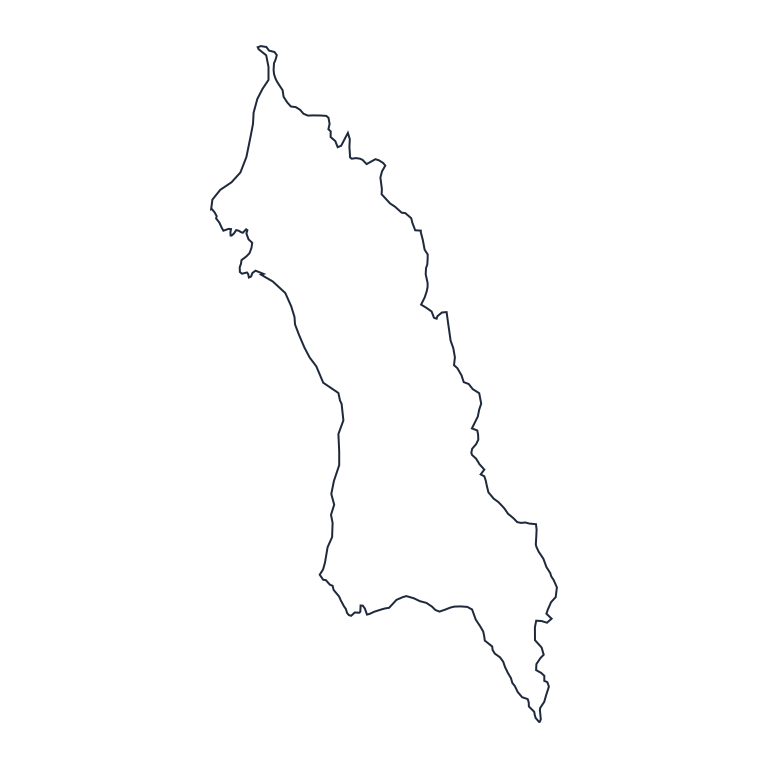 the district of Kalavasos, Larnaca, Cyprus
{"feature_id": "46923920B45773210999815", "entity_name": "Kalavasos", "entity_type": "district", "adm_level": 2, "iso_a3": "CYP", "parent_name": "Cyprus", "parent_adm1": "Larnaca", "projection": "equal_earth", "projection_center": [33.286, 34.783], "detail": "fine", "context": "isolated", "style": "outline", "palette": "slate", "viewbox_px": 768, "rotation_deg": 0, "n_neighbors": 0, "source": "geoboundaries", "source_scale": "gbopen_adm2", "svg_char_len": 3874}
<svg xmlns="http://www.w3.org/2000/svg" viewBox="0 0 768 768"><path d="M261.1,274.7L272.8,281.5L281.8,289.8L285.3,293.0L291.2,306.3L292.0,308.9L294.5,317.0L295.0,324.4L299.1,335.1L304.3,347.3L309.7,357.6L316.3,366.3L323.2,382.7L338.4,393.0L340.0,400.5L341.6,403.9L343.4,420.4L338.4,434.0L339.2,451.3L339.2,465.2L333.9,481.0L331.3,494.0L334.2,504.7L331.0,514.8L332.6,522.9L332.1,537.1L327.6,547.2L325.0,562.5L323.1,569.4L319.7,574.7L323.2,579.8L325.8,580.1L329.9,584.7L332.6,585.8L333.6,589.9L339.1,596.5L341.0,600.8L342.5,603.5L343.9,606.2L345.8,608.9L347.1,613.0L348.9,615.1L351.1,615.8L352.6,614.5L354.7,612.5L359.4,612.7L360.3,611.6L360.5,607.6L360.6,605.5L362.9,605.7L364.9,608.6L367.0,614.6L369.6,613.9L374.3,611.7L382.2,609.2L384.8,608.5L389.1,607.8L393.4,603.2L396.4,599.9L402.8,597.1L406.4,596.1L413.9,598.3L419.7,601.1L426.4,602.9L432.1,606.7L435.4,610.0L439.5,611.6L445.2,609.6L450.6,607.5L454.4,606.6L460.4,606.4L467.3,606.9L472.1,609.5L475.7,619.5L480.3,626.5L483.2,631.5L484.1,635.6L484.8,640.6L492.2,646.5L492.6,650.0L494.9,653.7L500.0,657.3L503.2,661.7L505.0,667.0L508.0,673.2L510.9,678.0L512.4,683.1L514.8,686.0L517.7,692.0L522.1,697.2L527.7,699.1L528.7,702.3L528.9,706.5L534.2,711.8L534.8,715.2L535.7,718.0L539.0,721.9L539.7,721.9L540.8,719.4L540.4,715.2L539.9,710.2L540.2,707.9L544.2,701.9L546.1,695.3L548.9,686.6L547.3,682.1L544.3,680.9L544.3,675.8L541.3,673.0L536.1,670.1L536.4,664.1L540.5,658.0L543.7,654.7L541.6,647.5L535.0,640.2L534.9,627.4L536.2,620.7L541.4,621.0L547.0,622.7L551.6,618.7L546.4,613.7L547.8,609.6L551.1,602.1L555.7,597.1L556.9,587.4L553.6,579.9L551.3,576.5L550.2,573.0L546.4,567.0L543.5,559.0L540.9,555.0L538.7,551.8L536.4,546.8L535.8,544.5L536.3,536.3L536.6,529.7L536.0,524.2L528.9,523.5L525.5,522.5L520.9,522.9L517.2,522.1L513.4,518.2L510.7,515.9L508.1,513.9L504.5,508.6L501.5,505.3L498.3,502.0L493.6,498.6L492.4,497.1L488.4,492.3L486.6,484.8L485.9,481.1L484.3,476.3L480.7,474.4L484.3,469.6L479.3,464.0L478.3,462.2L476.1,458.7L472.1,455.0L471.3,452.8L472.2,448.7L476.1,444.2L478.3,439.7L478.1,434.7L477.3,430.5L471.9,428.4L477.8,416.6L479.2,409.6L481.2,403.7L479.2,393.2L472.7,389.1L468.7,384.0L463.7,382.1L461.5,375.3L457.3,368.1L454.0,365.2L454.9,357.3L453.3,348.2L450.6,340.6L448.0,322.3L446.6,312.1L441.9,312.5L437.4,316.2L436.6,318.7L434.0,317.8L431.6,311.5L426.2,307.7L421.1,304.6L424.7,297.4L426.7,291.4L427.6,287.0L427.6,283.0L425.7,274.3L426.0,268.2L427.3,264.4L427.6,259.6L427.7,254.5L424.6,249.6L422.8,239.9L420.8,232.3L420.8,230.6L415.2,230.3L412.4,222.9L411.6,219.7L411.1,218.1L405.3,213.1L401.7,212.7L395.0,206.7L390.0,203.4L381.6,194.2L381.9,189.2L380.4,177.5L382.0,171.4L385.3,165.6L383.2,163.0L378.9,160.3L375.4,159.2L366.6,164.1L362.6,159.9L360.0,158.7L356.1,158.1L351.7,158.7L350.1,157.4L349.7,151.2L349.4,147.0L349.8,139.2L347.9,132.9L345.3,137.8L341.2,145.7L337.7,147.2L335.3,141.1L330.6,137.0L330.7,131.4L328.4,129.2L329.6,123.9L328.5,117.8L326.3,115.9L320.5,115.5L312.6,115.4L307.9,115.6L303.4,113.7L300.2,109.9L295.8,107.1L290.9,106.5L287.3,102.5L283.6,96.8L282.6,90.2L279.3,85.2L277.0,81.6L275.4,78.3L274.0,74.0L273.6,69.8L274.0,63.2L275.5,59.8L276.8,55.2L274.5,52.0L269.0,50.6L266.4,47.0L260.9,46.1L257.7,47.2L258.6,49.2L266.2,55.3L268.5,66.9L268.5,79.9L262.5,88.9L257.3,99.0L253.6,112.7L253.0,123.9L250.3,137.9L246.4,157.0L240.4,172.5L231.5,182.3L220.3,189.8L212.4,199.6L211.1,209.4L212.0,209.2L214.7,212.5L216.7,216.2L216.1,218.4L219.4,222.7L221.7,227.7L223.4,230.7L228.6,228.9L231.0,229.1L230.4,232.2L230.6,235.5L231.6,235.6L234.0,233.4L236.2,230.1L238.6,230.7L241.3,232.3L242.9,232.7L246.1,229.3L247.4,230.2L246.4,233.4L248.5,239.3L252.2,242.8L251.5,247.8L249.5,253.2L246.5,256.3L241.5,260.1L241.0,263.7L239.7,267.4L239.9,272.0L242.0,273.7L247.0,272.5L248.2,274.1L248.9,277.5L251.1,276.5L252.4,273.0L255.5,270.7L259.6,272.3L263.5,273.9L261.1,274.7Z" fill="none" stroke="#1e293b" stroke-width="2"/></svg>